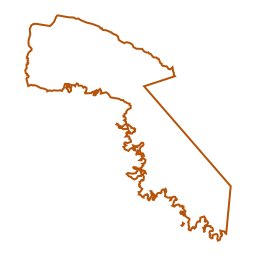 outline of West Makira, Makira, Solomon Islands
{"feature_id": "97153195B7459502303210", "entity_name": "West Makira", "entity_type": "district", "adm_level": 2, "iso_a3": "SLB", "parent_name": "Solomon Islands", "parent_adm1": "Makira", "projection": "orthographic", "projection_center": [161.497, -10.428], "detail": "fine", "context": "isolated", "style": "outline", "palette": "amber", "viewbox_px": 256, "rotation_deg": 0, "n_neighbors": 0, "source": "geoboundaries", "source_scale": "gbopen_adm2", "svg_char_len": 5865}
<svg xmlns="http://www.w3.org/2000/svg" viewBox="0 0 256 256"><path d="M230.7,186.2L144.1,86.3L174.9,76.2L173.8,75.0L174.0,73.1L173.1,71.4L172.5,67.3L170.4,69.3L168.5,68.9L166.9,66.5L162.6,65.8L161.8,64.9L161.6,63.6L160.5,63.3L158.6,58.7L157.5,58.8L156.6,57.6L153.4,57.3L150.6,53.9L149.2,53.6L148.3,52.4L146.8,52.6L144.3,51.6L142.0,48.9L136.3,48.7L133.5,47.1L132.3,44.5L130.1,43.1L126.6,42.2L124.3,43.1L121.6,41.8L118.8,39.9L117.9,36.5L116.7,35.4L112.1,33.3L111.7,32.5L105.9,30.2L102.9,30.0L102.1,29.4L101.8,28.2L100.3,28.3L99.6,26.8L98.4,26.2L91.8,23.8L86.7,22.6L80.6,20.1L78.5,18.6L76.1,18.8L73.5,17.5L68.8,17.3L57.9,15.4L57.1,15.6L56.0,17.2L54.2,21.6L51.4,24.9L49.7,26.0L35.8,23.8L33.2,24.1L31.1,25.6L29.7,29.4L30.3,34.3L28.6,40.3L28.5,44.1L29.2,46.0L31.6,48.6L31.5,50.1L28.7,52.5L26.8,57.3L26.8,57.9L28.1,58.4L27.5,59.8L28.1,60.8L27.4,62.1L28.3,63.1L27.8,64.1L26.5,64.4L26.6,68.6L25.6,69.5L25.3,70.6L25.8,73.1L27.0,73.8L26.8,74.8L28.2,75.4L28.7,76.2L28.2,77.4L27.1,77.7L26.4,78.8L28.3,86.1L31.0,84.8L32.8,85.5L33.8,85.1L36.3,85.7L41.0,88.2L43.5,88.5L46.8,89.8L47.3,91.4L49.5,90.3L51.9,91.0L53.7,90.3L57.9,90.7L60.0,90.2L61.6,90.9L62.1,90.8L62.5,89.4L63.6,88.7L64.9,84.1L68.6,83.9L71.6,85.2L73.7,85.1L75.2,86.2L75.6,84.7L77.0,83.4L78.1,84.2L78.5,85.7L81.2,85.6L82.3,86.1L83.3,87.7L84.5,86.8L86.4,87.8L86.6,89.0L85.8,92.0L85.0,92.5L85.3,93.4L91.3,93.1L92.0,92.2L94.0,91.5L94.8,92.6L93.7,93.8L93.6,95.1L94.8,95.4L95.9,94.7L95.8,93.4L96.6,93.2L95.0,91.2L96.6,90.2L97.5,93.0L97.8,91.3L98.5,91.3L98.3,90.4L100.1,89.0L101.3,91.1L100.9,93.6L106.0,92.3L108.3,93.9L110.7,97.4L119.0,98.8L121.3,100.2L123.1,100.0L124.1,101.4L127.5,103.2L129.6,103.7L129.4,104.8L130.7,105.7L130.6,108.2L127.6,109.7L126.2,111.8L126.3,113.1L124.5,113.9L124.4,115.7L123.4,115.8L123.5,116.5L125.5,117.7L125.7,119.6L124.1,120.3L126.0,121.8L126.0,123.8L122.1,126.8L119.9,126.8L119.0,127.5L119.4,128.0L121.9,128.1L123.5,129.3L124.7,128.8L127.3,129.0L128.0,128.4L126.9,124.7L127.9,124.3L130.9,126.7L131.4,128.0L132.4,127.8L133.4,128.6L134.4,128.3L135.2,129.2L134.6,130.1L135.1,130.5L135.0,131.2L134.2,132.1L133.4,131.9L131.8,133.7L129.4,133.2L130.1,132.3L128.8,130.6L127.9,132.2L127.2,132.2L127.0,133.1L126.3,133.3L127.2,134.8L125.7,136.5L129.0,136.4L129.5,137.6L129.2,138.7L130.5,139.6L131.1,141.7L127.4,143.2L125.7,142.4L124.6,142.7L124.2,144.0L126.1,145.4L123.4,146.9L124.4,147.7L124.6,149.1L128.5,150.9L130.1,148.9L132.0,147.9L133.4,149.2L133.6,150.0L135.2,150.4L135.2,149.0L134.5,148.5L133.2,145.5L135.4,146.2L135.5,146.8L137.5,147.1L137.4,145.9L139.6,145.2L141.5,142.7L142.9,142.8L143.5,144.1L143.2,145.4L140.4,147.4L139.7,149.8L140.8,153.2L143.1,153.5L143.9,155.8L140.8,155.5L141.7,156.0L142.2,157.3L141.6,158.7L139.7,160.2L141.4,160.4L142.8,157.8L145.5,160.0L144.9,162.9L142.9,163.6L143.6,163.9L143.4,165.5L142.4,165.5L142.1,167.1L140.6,168.2L141.3,168.7L141.9,171.5L142.6,170.4L143.4,170.4L145.0,171.2L145.5,172.5L144.8,172.3L145.2,173.0L144.4,172.7L142.7,174.8L143.9,176.7L143.6,179.9L142.8,180.6L142.0,180.0L141.2,180.2L140.2,182.3L139.7,182.2L139.9,183.5L139.0,184.3L139.8,185.6L139.2,186.2L142.3,188.9L140.3,191.8L138.7,192.1L139.4,193.7L138.9,194.5L140.5,194.8L142.6,197.2L143.6,197.5L143.5,196.7L144.5,195.5L145.9,194.6L146.7,195.0L147.2,194.3L148.2,195.3L147.6,198.7L149.2,199.2L152.6,194.7L151.3,193.9L151.4,192.8L150.6,191.2L151.4,191.2L152.4,193.4L153.1,193.5L154.1,194.7L154.1,195.6L154.7,195.7L154.6,196.8L153.2,197.4L152.4,198.8L152.8,199.7L153.9,199.9L155.4,196.9L156.7,196.5L156.4,194.8L157.8,193.2L159.0,192.8L160.7,193.3L161.5,192.4L161.2,191.5L162.0,190.0L163.1,189.4L164.4,189.8L165.5,188.9L166.3,191.1L166.1,191.8L164.7,191.6L165.4,193.6L164.9,196.1L167.5,197.5L171.1,197.5L170.2,200.2L170.9,200.0L172.0,197.7L173.1,196.8L175.1,196.8L175.8,197.9L175.6,199.1L176.8,199.3L176.4,200.1L174.5,200.4L173.4,203.0L173.5,204.8L172.3,205.7L174.3,206.6L176.3,204.9L178.5,204.5L179.5,205.0L180.1,206.4L182.1,205.7L183.6,206.6L183.4,207.7L182.6,208.0L185.4,211.2L184.6,212.4L184.9,214.0L183.6,213.8L183.1,211.7L180.6,211.5L180.3,213.1L180.9,213.9L181.9,213.6L183.7,215.4L185.7,216.1L186.7,217.3L189.4,218.6L189.5,219.7L188.1,222.3L188.8,223.1L188.5,224.9L189.2,227.1L188.6,228.8L189.0,229.9L190.7,230.4L191.7,228.1L192.7,228.1L192.9,227.2L194.4,227.3L194.7,228.3L196.0,227.0L195.8,225.8L196.8,222.7L198.3,221.4L199.9,221.7L200.4,217.7L204.2,216.5L205.5,218.6L204.8,219.8L204.8,221.4L205.5,221.7L206.7,220.7L208.1,222.7L207.3,224.5L204.9,225.7L204.3,227.8L203.3,227.9L204.2,230.1L204.7,229.8L205.1,227.7L206.3,225.9L210.5,226.1L210.6,227.1L212.4,227.9L213.0,229.6L212.6,231.0L210.1,231.1L209.6,232.0L209.5,233.4L210.5,234.7L209.7,235.7L209.8,237.0L211.7,238.4L212.6,238.0L212.6,235.7L213.2,234.7L216.5,234.0L217.4,234.7L217.8,235.9L217.3,239.0L218.0,240.6L219.7,239.9L220.8,236.6L222.0,235.6L222.0,234.2L221.0,234.0L220.7,232.5L221.2,232.1L220.6,231.9L220.3,230.6L224.5,231.5L225.4,233.4L226.2,233.8L230.7,186.2ZM141.5,175.2L140.8,171.5L139.5,170.0L139.1,168.5L137.5,168.7L136.4,167.5L133.8,167.0L133.3,167.7L134.3,168.7L137.4,169.4L137.3,171.5L136.1,172.3L135.9,173.2L132.3,173.7L128.0,173.0L126.7,173.9L128.8,176.2L131.3,177.1L131.9,178.1L134.5,179.4L136.6,178.4L138.1,176.0L141.1,176.0L141.5,175.2ZM71.1,90.7L70.9,88.2L70.2,88.0L68.8,85.9L67.7,87.4L66.9,85.7L66.1,87.8L67.9,89.8L68.4,91.6L69.3,92.3L71.1,90.7ZM138.5,150.6L137.6,150.4L136.0,155.3L137.9,152.4L138.5,150.6ZM183.9,223.7L182.9,223.0L182.7,224.6L183.1,224.8L183.9,223.7ZM139.9,154.2L138.8,153.4L138.3,153.9L138.5,154.2L139.9,154.2ZM149.6,199.7L148.8,199.7L148.7,200.2L149.3,200.3L149.6,199.7ZM204.7,231.3L204.3,230.7L204.0,231.6L204.4,231.7L204.7,231.3ZM119.7,125.8L118.7,125.3L118.3,125.7L119.1,126.1L119.7,125.8ZM71.3,87.7L71.4,86.4L71.1,87.0L71.3,87.7ZM117.5,124.0L116.9,123.7L116.5,124.3L117.1,124.4L117.5,124.0ZM182.1,225.9L182.6,225.3L181.7,225.5L182.1,225.9Z" fill="none" stroke="#b45309" stroke-width="2"/></svg>